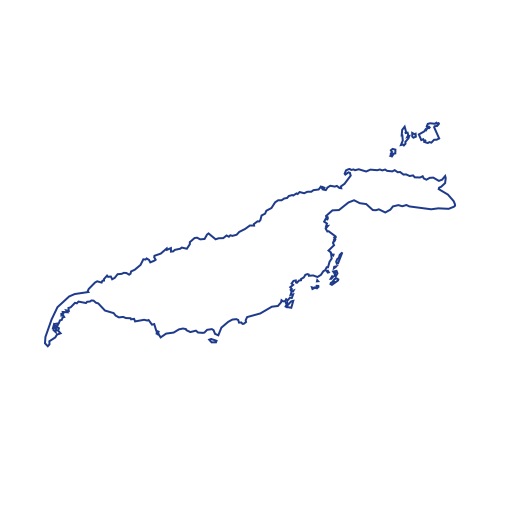 outline of Halmahera Utara, Maluku Utara, Indonesia, rotated 58°
{"feature_id": "22746128B41252486574655", "entity_name": "Halmahera Utara", "entity_type": "district", "adm_level": 2, "iso_a3": "IDN", "parent_name": "Indonesia", "parent_adm1": "Maluku Utara", "projection": "robinson", "projection_center": [127.874, 1.56], "detail": "fine", "context": "isolated", "style": "outline", "palette": "blue", "viewbox_px": 512, "rotation_deg": 58, "n_neighbors": 0, "source": "geoboundaries", "source_scale": "gbopen_adm2", "svg_char_len": 6071}
<svg xmlns="http://www.w3.org/2000/svg" viewBox="0 0 512 512"><g transform="rotate(58 256 256)"><path d="M222.2,480.4L221.5,478.0L218.8,476.4L218.7,469.4L217.2,466.5L218.0,462.7L214.5,463.4L212.8,461.4L211.4,462.3L210.7,464.2L213.3,464.5L213.0,465.6L214.4,466.2L211.4,467.0L209.3,464.9L209.2,466.0L206.9,463.5L209.6,462.7L210.1,461.5L209.3,460.3L207.7,461.0L208.6,458.9L206.7,456.4L207.2,454.6L205.7,452.6L206.1,451.0L203.5,451.1L203.3,452.5L201.9,451.7L202.6,449.9L201.1,449.5L203.8,445.7L201.6,445.7L203.4,443.9L200.7,442.6L201.3,440.3L199.8,434.3L201.2,433.0L200.6,430.7L205.8,425.1L205.3,423.5L206.6,421.0L206.5,419.1L207.8,417.4L210.8,416.5L212.6,414.9L222.2,413.0L229.0,407.0L232.2,406.6L235.4,404.8L237.3,400.9L239.6,399.3L242.3,395.4L243.5,395.5L244.7,392.7L247.4,393.2L250.8,384.7L253.1,382.4L253.4,381.0L259.1,380.6L259.8,378.4L266.6,380.2L268.3,378.9L270.5,380.0L274.5,380.0L274.2,373.3L277.3,366.4L277.4,360.2L278.8,356.4L280.8,354.2L282.1,354.3L285.7,352.0L287.5,346.5L290.2,345.7L293.1,341.7L293.6,340.3L292.7,336.6L294.6,332.2L296.4,331.3L300.3,332.0L303.3,330.0L298.4,323.3L297.1,314.4L297.4,309.7L299.1,306.2L300.8,305.0L303.5,305.7L304.6,303.7L306.4,303.4L307.0,302.3L306.7,299.4L305.0,298.8L303.1,295.9L307.0,282.8L307.4,269.4L310.0,263.9L308.6,259.4L307.0,257.8L308.8,257.1L309.7,255.3L308.6,253.3L310.4,252.7L309.3,249.2L310.6,247.9L308.2,244.8L307.3,247.3L305.2,244.8L303.1,244.6L303.0,243.1L300.6,243.5L300.2,239.8L298.2,240.4L297.0,237.4L297.8,235.2L299.7,236.1L300.4,235.5L299.6,232.5L300.4,230.7L299.4,230.0L299.5,226.8L298.1,224.1L298.6,222.0L299.6,221.1L300.8,221.6L302.8,217.8L306.4,215.0L306.4,211.0L304.6,206.9L304.7,204.8L303.0,202.0L303.7,200.9L299.8,196.6L298.3,193.2L292.7,190.6L289.8,191.6L288.2,184.1L285.7,183.8L283.9,181.3L285.3,182.6L284.8,181.1L284.0,180.0L283.1,180.6L282.5,178.9L281.7,179.5L281.4,178.2L273.5,181.3L273.0,182.5L269.7,182.4L268.6,179.2L267.9,180.8L266.1,178.6L263.0,180.0L261.5,177.4L262.8,176.1L262.0,175.0L261.0,174.7L260.3,175.8L259.2,175.4L257.8,167.0L261.0,161.3L259.6,149.2L260.7,143.3L266.2,140.0L270.4,135.0L278.9,132.6L280.7,130.1L281.5,127.1L287.6,123.3L287.9,117.5L286.5,113.6L288.3,108.3L291.3,105.6L292.5,101.4L295.2,99.7L309.2,82.7L312.2,76.1L318.1,67.6L319.1,62.0L318.8,60.5L317.3,59.8L314.2,59.3L305.6,60.7L296.1,65.6L295.1,64.5L295.4,62.3L294.4,57.0L290.4,53.8L288.4,53.2L289.9,57.7L289.2,61.1L283.5,64.1L281.8,67.2L281.6,71.0L279.1,72.6L276.7,72.4L276.4,75.2L273.4,79.7L270.9,80.1L269.6,83.3L266.3,85.5L265.1,87.8L261.1,89.3L260.1,91.4L256.7,92.9L256.5,95.5L253.3,99.7L251.1,100.7L250.3,103.6L248.3,105.1L247.5,107.7L243.4,113.2L242.7,117.8L236.9,122.9L235.7,126.6L234.3,127.4L233.5,129.6L231.8,130.5L231.4,131.8L231.1,134.3L233.2,137.2L234.3,137.1L234.1,133.2L235.3,132.3L238.0,133.1L241.7,142.7L242.0,147.2L243.7,147.8L242.5,149.2L239.4,150.3L238.9,152.4L235.8,155.8L235.8,159.0L237.1,161.9L235.2,163.8L234.3,161.9L232.5,163.2L233.2,164.2L231.6,164.4L232.8,167.6L230.6,172.4L230.8,175.0L228.7,178.5L228.3,181.9L224.9,185.1L225.5,187.9L224.4,188.5L224.4,192.4L223.5,193.0L222.5,196.5L223.3,198.8L222.2,201.6L222.3,204.8L220.5,207.7L220.6,211.3L223.5,217.5L223.1,223.3L224.9,225.8L224.6,229.8L227.9,233.3L228.4,235.1L227.4,236.3L227.8,240.9L229.2,241.5L226.9,245.0L227.3,250.9L226.7,257.4L227.7,261.2L226.4,265.4L224.8,266.8L225.3,268.8L223.0,270.1L223.5,274.3L221.2,278.2L220.4,281.4L211.7,284.3L211.9,286.2L214.3,290.6L212.3,294.5L209.2,296.3L208.2,298.6L209.2,304.8L210.9,305.8L213.2,310.8L209.5,314.5L209.7,316.3L207.8,321.6L208.2,323.8L207.2,325.8L204.2,324.0L203.6,328.2L202.3,327.7L203.5,335.5L202.0,342.0L203.1,343.0L206.0,343.1L206.1,344.6L205.4,349.0L202.6,348.8L200.1,350.1L200.5,351.5L199.1,353.3L202.4,358.7L203.4,366.1L202.9,370.1L204.5,371.8L204.6,373.5L201.8,374.9L200.3,376.9L199.9,379.5L198.1,383.0L199.7,387.5L199.5,390.3L196.5,390.0L195.3,392.5L193.7,392.7L195.0,397.1L196.3,397.9L195.6,399.3L196.7,401.0L193.3,404.1L193.2,406.6L195.3,415.3L196.7,417.4L197.7,417.3L192.2,429.9L191.3,435.9L194.2,451.5L201.5,463.0L213.1,477.5L218.2,481.2L222.2,480.4ZM240.8,30.8L240.0,30.8L239.2,32.9L238.6,32.7L238.6,34.3L235.7,38.0L235.0,40.3L236.6,42.6L237.3,42.6L238.0,40.8L239.0,40.6L239.3,41.5L238.4,42.8L239.4,45.0L238.5,45.1L239.5,47.2L239.2,53.5L245.3,54.4L245.6,52.3L247.8,52.6L247.5,50.5L248.6,52.7L251.2,50.5L251.3,48.6L252.8,47.2L251.8,43.4L253.1,41.2L253.4,38.4L241.2,36.7L240.6,35.8L241.7,33.4L240.8,30.8ZM230.7,63.1L225.1,61.4L226.5,65.2L231.0,68.6L231.3,68.0L235.8,70.3L238.7,74.3L239.4,72.3L240.6,72.0L240.0,69.7L238.4,68.9L237.0,64.4L235.6,62.6L235.2,64.6L234.1,62.8L231.7,62.1L230.8,64.7L230.7,63.1ZM318.6,253.5L313.8,248.2L313.1,250.3L314.8,256.4L315.9,256.5L318.6,253.5ZM305.7,190.3L298.7,180.9L299.4,184.4L301.4,186.6L301.7,188.8L303.4,191.1L305.4,191.5L305.7,190.3ZM239.7,81.4L237.6,83.4L237.8,85.6L239.8,85.7L241.3,88.4L241.0,86.6L242.0,87.5L242.0,86.9L242.4,88.9L243.6,88.0L242.2,84.9L242.8,83.5L239.7,81.4ZM320.7,206.9L320.2,199.4L319.5,198.6L317.7,199.5L317.2,201.6L318.1,204.0L318.6,203.7L318.5,206.8L319.3,207.7L320.7,206.9ZM307.0,334.4L302.6,338.0L302.2,340.0L305.7,339.4L308.0,335.7L307.0,334.4ZM239.5,57.2L236.9,55.9L236.8,57.0L234.4,58.3L237.5,60.2L239.1,59.8L239.5,57.2ZM311.3,195.6L310.1,198.8L312.0,198.7L310.9,198.1L311.6,197.2L314.4,199.8L315.7,199.5L313.9,196.1L311.3,195.6ZM314.4,219.0L313.4,220.4L314.4,221.4L314.3,222.7L315.7,221.5L315.3,219.4L314.4,219.0ZM308.4,202.9L305.7,202.9L306.8,203.2L306.3,204.0L308.1,203.9L308.4,202.9ZM314.1,223.7L313.6,222.3L313.8,223.7L312.2,225.2L313.9,225.6L314.1,223.7ZM314.4,201.5L313.5,202.1L314.9,204.8L315.2,204.3L314.4,201.5ZM307.7,196.4L307.6,194.5L307.3,193.5L306.6,195.4L307.7,196.4ZM313.2,255.7L312.0,254.2L311.5,254.1L311.6,255.5L313.2,255.7ZM268.3,380.7L268.3,379.1L267.2,379.8L268.3,380.7ZM310.3,216.7L309.0,216.9L309.8,217.7L310.3,216.7ZM269.3,379.9L269.7,381.1L270.6,380.7L270.5,380.1L269.3,379.9ZM305.2,243.4L306.1,244.1L305.3,242.7L305.2,243.4ZM314.5,257.7L315.2,257.3L313.7,256.4L314.5,257.7ZM295.9,189.5L295.1,190.4L296.4,190.1L295.9,189.5Z" fill="none" stroke="#1e3a8a" stroke-width="2"/></g></svg>